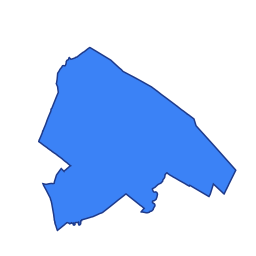 outline of Crevedia, Dâmbovita, Romania, rotated 257°
{"feature_id": "2599482B81123677964988", "entity_name": "Crevedia", "entity_type": "district", "adm_level": 2, "iso_a3": "ROU", "parent_name": "Romania", "parent_adm1": "Dâmbovita", "projection": "mercator", "projection_center": [25.909, 44.603], "detail": "fine", "context": "isolated", "style": "filled", "palette": "blue", "viewbox_px": 256, "rotation_deg": 257, "n_neighbors": 0, "source": "geoboundaries", "source_scale": "gbopen_adm2", "svg_char_len": 5228}
<svg xmlns="http://www.w3.org/2000/svg" viewBox="0 0 256 256"><g transform="rotate(257 128 128)"><path d="M215.0,108.8L214.8,108.2L214.1,106.5L212.7,103.6L212.1,102.3L211.9,101.6L211.9,101.4L211.8,101.1L211.0,99.3L210.3,97.7L209.5,96.1L208.7,94.3L208.5,94.0L208.6,93.6L208.6,93.2L208.6,92.7L208.3,92.4L208.2,92.2L207.8,88.5L207.8,87.9L209.8,86.6L209.5,86.1L208.7,85.9L207.9,84.9L207.7,83.8L206.7,82.8L205.6,82.5L204.1,81.8L202.9,80.9L202.8,80.3L203.3,79.3L203.4,78.4L203.1,77.9L201.9,76.9L201.6,76.4L201.1,75.7L200.4,74.9L198.7,73.4L197.2,71.8L191.4,69.9L187.7,68.4L187.4,68.1L185.6,68.4L184.2,68.7L178.4,68.1L177.4,67.4L175.5,66.0L164.3,58.2L163.8,57.4L163.6,57.2L162.6,57.0L160.8,56.0L160.8,55.9L156.5,52.8L153.0,50.4L152.9,50.4L150.4,48.8L148.8,47.7L146.9,46.3L145.0,45.0L144.1,44.4L144.2,44.2L142.6,43.4L139.9,41.5L136.5,39.0L136.5,38.9L136.4,38.8L136.0,38.6L135.8,38.5L135.4,38.3L135.2,38.1L134.9,38.0L134.7,38.1L134.4,38.3L134.2,38.5L133.5,39.2L133.0,39.6L132.7,39.9L132.5,40.1L132.3,40.1L132.2,40.2L132.0,40.4L131.7,40.7L131.0,41.2L130.5,41.7L129.8,42.2L128.8,43.2L128.6,43.3L127.9,44.0L127.7,44.1L127.5,44.3L127.3,44.5L127.2,44.7L126.3,45.2L126.2,45.3L126.0,45.5L125.7,45.8L125.4,46.0L124.5,46.9L124.1,47.1L123.9,47.3L123.7,47.5L123.5,47.8L123.3,48.0L122.8,48.3L122.5,48.5L122.3,48.7L122.0,48.9L121.9,49.1L121.7,49.3L121.4,49.4L121.2,49.7L120.7,50.1L120.0,50.7L119.7,51.0L119.4,51.4L119.4,51.5L119.0,51.8L118.7,52.0L118.3,52.2L118.1,52.4L117.9,52.6L117.8,52.8L117.7,52.9L117.4,53.0L115.7,54.4L115.1,55.0L113.9,56.0L113.5,56.3L113.3,56.4L113.2,56.6L112.7,57.0L111.9,57.5L110.8,58.3L110.0,58.9L109.1,59.7L108.4,60.2L107.7,60.9L106.7,61.5L106.0,62.0L105.7,62.4L105.4,62.5L104.5,63.2L104.2,63.4L104.1,63.5L103.9,62.7L102.5,60.2L102.3,59.8L102.1,59.3L101.6,58.6L101.4,58.2L101.2,57.7L101.1,57.4L100.4,56.1L100.1,55.9L103.5,53.8L103.1,53.3L98.6,48.1L98.2,47.7L96.5,46.7L95.1,45.9L92.2,44.2L90.8,43.7L90.7,43.4L90.7,42.6L90.8,41.9L91.2,41.0L91.4,39.3L91.5,35.5L92.3,33.7L92.6,33.3L92.9,32.6L90.9,32.9L85.6,34.4L80.4,35.7L77.3,36.5L76.8,36.5L76.3,36.5L75.1,36.5L74.7,36.7L74.4,36.7L71.5,36.7L62.3,36.2L60.2,36.1L57.4,35.8L56.0,35.7L55.2,35.5L54.8,35.5L54.5,35.5L53.5,35.6L52.7,35.7L52.4,35.7L52.2,35.4L50.6,35.5L49.2,35.7L48.1,35.8L47.6,35.8L44.3,36.1L44.1,36.2L47.0,42.2L47.4,43.0L48.0,44.3L48.6,45.3L49.2,46.6L49.5,46.9L49.5,47.1L49.5,47.4L49.4,47.8L49.1,48.2L48.7,48.7L48.5,49.3L47.8,49.5L47.7,49.7L47.9,50.5L48.0,51.0L48.2,51.3L48.4,51.4L48.5,51.5L48.4,51.7L48.0,51.8L47.8,52.0L47.5,52.3L47.3,52.6L47.3,52.8L47.3,53.0L47.6,53.3L47.4,53.4L46.9,53.1L46.3,53.0L45.9,53.0L45.5,53.5L45.5,54.0L45.7,54.4L46.0,54.7L46.2,54.8L47.0,54.8L47.3,54.9L47.5,55.0L47.7,55.3L47.6,56.1L47.5,56.7L47.4,57.0L47.3,57.3L47.2,57.6L47.2,58.0L47.4,58.3L47.5,58.6L47.4,58.7L47.2,58.8L46.9,58.8L46.5,58.6L45.7,58.2L44.8,58.3L44.5,58.4L44.4,58.7L44.4,58.9L44.4,59.2L44.6,59.5L45.0,60.1L45.5,60.4L46.4,60.7L47.8,60.9L48.2,61.1L48.2,61.6L48.1,61.9L48.1,62.0L48.9,62.3L49.1,66.7L49.4,71.1L49.5,71.7L49.5,72.1L49.5,73.1L49.5,73.8L49.7,74.8L49.9,75.8L50.0,76.0L50.0,76.4L50.0,76.7L50.3,77.6L50.3,78.0L50.7,79.8L50.9,80.5L50.9,80.9L51.1,81.7L51.1,82.1L51.1,82.3L51.1,82.6L51.4,84.2L55.3,92.5L57.8,97.7L59.3,100.8L59.6,101.3L59.7,101.5L60.9,104.1L61.5,105.4L63.0,108.6L64.1,110.8L64.2,111.0L64.1,111.4L63.9,111.5L62.4,112.7L60.5,114.2L59.0,115.4L50.8,121.9L50.6,122.0L49.5,122.9L49.4,123.1L48.2,124.1L46.5,125.3L46.1,125.7L45.8,125.3L44.5,123.4L43.3,121.9L43.2,122.0L43.0,122.9L41.9,125.4L41.4,126.4L41.2,127.0L41.1,127.6L41.0,128.4L41.2,130.0L41.3,130.1L41.6,130.5L41.8,130.8L41.7,131.2L41.7,131.8L41.8,132.2L41.9,132.6L42.0,132.8L42.9,134.2L43.3,134.4L43.8,134.6L44.4,135.2L44.9,135.5L45.0,135.7L45.4,136.1L45.5,136.3L45.9,136.6L46.3,136.8L46.6,136.8L46.9,136.9L47.3,136.9L47.8,136.8L48.3,136.6L48.7,136.0L48.7,135.9L48.9,135.7L49.2,135.6L49.4,135.6L49.7,135.3L50.1,135.1L50.7,135.3L51.0,135.4L51.2,135.7L51.3,135.8L51.4,136.2L51.4,136.5L51.2,136.8L51.4,137.5L51.7,138.3L52.2,139.3L52.3,139.4L52.4,139.5L52.6,139.6L52.8,139.7L54.3,140.7L57.0,141.9L58.6,141.6L59.5,140.7L59.5,139.5L60.0,138.6L61.0,138.2L63.1,138.0L63.3,138.1L63.5,138.6L63.8,139.8L64.1,140.9L65.5,143.3L66.3,144.8L66.9,147.7L67.7,148.8L68.1,149.6L69.8,150.5L70.7,151.7L71.6,152.6L74.3,153.7L75.5,155.5L75.6,155.8L75.5,156.0L74.7,156.5L72.8,158.2L72.3,158.7L70.9,160.3L70.4,160.7L69.5,161.7L68.5,162.9L67.8,163.6L64.6,167.0L64.1,167.6L63.9,167.8L61.0,171.0L60.6,171.4L59.2,172.8L57.6,174.6L58.3,175.3L44.1,190.3L43.2,191.2L43.0,191.5L45.1,193.3L45.3,193.4L53.0,197.9L53.2,198.0L53.4,198.2L53.8,198.4L54.2,198.6L52.3,199.9L51.0,200.8L49.5,201.8L47.3,203.3L47.2,203.3L47.0,203.5L44.9,204.9L43.8,205.6L43.6,205.7L43.4,205.9L43.2,206.0L42.9,206.2L42.7,206.3L42.4,206.6L42.2,206.7L42.1,206.8L42.3,207.0L45.6,209.6L46.5,210.4L46.6,210.5L46.9,210.7L47.0,210.7L47.2,211.0L47.3,211.0L49.7,213.0L50.2,213.3L52.5,215.2L62.6,223.5L63.1,223.3L90.4,208.4L96.0,205.3L110.9,197.0L114.9,194.8L122.0,194.3L126.8,190.3L127.3,189.9L127.9,189.1L128.0,189.2L132.2,185.7L133.7,184.3L136.2,182.3L137.1,181.6L143.0,176.7L153.7,167.6L156.5,165.4L162.8,160.1L173.3,148.5L184.3,135.8L186.3,134.7L188.5,133.0L198.0,126.5L210.1,114.1L214.8,109.2L215.0,108.8Z" fill="#3b82f6" stroke="#1e3a8a" stroke-width="1.5"/></g></svg>